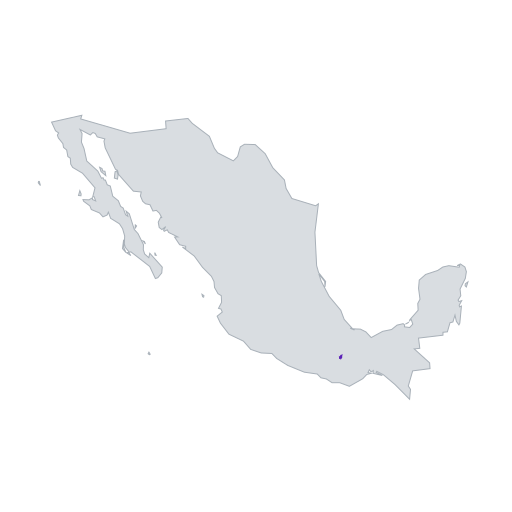 location of San Pablo Huitzo, Oaxaca, Mexico, rotated 353°
{"feature_id": "50627088B10333117144156", "entity_name": "San Pablo Huitzo", "entity_type": "district", "adm_level": 2, "iso_a3": "MEX", "parent_name": "Mexico", "parent_adm1": "Oaxaca", "projection": "equal_earth", "projection_center": [-96.911, 17.316], "detail": "fine", "context": "in_parent", "style": "filled", "palette": "violet", "viewbox_px": 512, "rotation_deg": 353, "n_neighbors": 0, "source": "geoboundaries", "source_scale": "gbopen_adm2", "svg_char_len": 4263}
<svg xmlns="http://www.w3.org/2000/svg" viewBox="0 0 512 512"><g transform="rotate(353 256 256)"><path d="M69.4,98.2L100.3,95.1L98.7,98.6L146.0,118.8L182.3,118.7L182.7,111.0L205.2,111.2L208.9,116.6L224.3,131.5L227.8,144.0L230.5,148.9L245.1,158.8L249.9,155.0L253.7,145.8L258.2,143.7L268.8,145.3L277.6,155.6L283.4,170.4L293.5,184.0L294.1,192.6L298.6,203.3L321.3,213.4L324.3,211.8L317.4,239.5L315.0,272.9L316.1,280.1L322.0,289.8L320.7,295.0L321.1,289.8L316.2,281.5L317.7,289.1L323.7,305.0L333.5,320.2L335.8,329.7L342.6,339.4L340.7,339.2L344.7,341.5L343.4,340.1L350.7,341.3L355.8,344.7L360.4,351.0L372.6,346.2L381.6,345.5L387.6,341.8L393.8,341.1L395.1,342.5L394.7,344.4L399.8,345.7L403.3,342.7L402.3,337.7L400.6,338.9L401.0,337.9L410.3,329.6L410.8,322.8L413.5,318.9L413.4,307.9L415.1,299.8L422.1,295.0L434.6,292.5L440.1,289.7L446.2,289.1L456.3,291.9L457.1,290.1L454.5,290.0L457.9,288.8L462.0,292.4L462.9,297.2L461.0,303.8L454.5,313.7L454.4,320.4L451.2,324.4L451.8,325.9L454.7,325.4L451.7,329.6L451.8,331.3L453.8,330.7L450.1,347.5L449.0,349.1L446.9,345.3L446.3,338.9L443.4,345.5L440.4,345.9L436.7,354.6L432.3,354.5L431.9,357.4L407.3,357.3L407.3,367.6L401.7,367.5L415.3,383.2L415.0,389.0L397.5,389.1L391.3,403.6L393.1,407.2L391.0,416.9L378.2,400.4L368.0,389.4L361.8,385.2L361.1,386.2L366.8,390.0L357.9,386.7L358.5,384.0L356.1,385.1L354.6,382.7L353.0,385.3L356.0,386.5L351.5,387.1L347.0,390.8L332.8,396.7L323.7,392.0L316.0,391.0L310.8,386.6L305.6,384.8L302.4,380.6L289.8,377.2L274.2,368.5L264.1,360.3L259.9,354.7L249.4,352.9L239.4,348.1L233.2,339.0L219.6,330.3L212.5,318.3L210.1,311.0L215.7,307.5L214.8,304.4L212.4,303.4L216.2,297.8L216.7,291.1L213.7,288.8L211.0,282.2L211.2,276.2L209.3,270.8L201.5,260.7L194.7,248.5L184.0,238.1L187.1,240.0L187.4,237.8L181.6,235.5L177.5,227.3L180.6,227.5L172.2,222.0L171.1,219.2L167.9,220.3L167.4,219.0L170.0,215.8L165.8,218.3L163.4,215.9L163.1,210.5L166.2,205.8L167.3,206.7L165.3,201.7L162.7,198.6L159.2,198.8L157.0,192.2L152.7,190.7L150.2,187.9L148.6,182.2L149.9,178.5L142.2,176.7L129.6,158.4L129.0,154.1L127.1,152.8L119.5,130.3L119.1,123.5L120.2,121.3L112.9,118.4L111.4,114.8L109.1,113.6L106.3,115.7L96.7,108.9L98.3,113.3L96.6,121.7L98.4,128.4L99.6,141.1L109.3,152.4L112.1,160.0L113.7,159.7L114.4,162.0L115.8,162.3L117.0,167.2L119.9,168.8L121.1,179.2L126.1,184.4L127.7,190.3L130.0,192.2L131.6,199.2L133.6,200.9L132.6,195.7L135.4,198.7L138.4,214.8L141.6,219.4L145.7,231.1L144.9,236.0L145.7,240.4L149.4,244.6L150.9,240.3L161.6,255.6L160.4,261.3L155.9,265.6L153.4,266.1L149.2,253.4L132.3,236.6L130.7,236.8L127.4,231.6L126.8,228.0L128.1,220.1L126.9,212.6L124.4,207.4L116.3,200.9L114.8,194.5L113.2,197.2L108.9,198.5L105.9,194.2L98.2,189.8L97.2,186.0L91.6,180.7L91.1,178.9L97.1,179.9L100.7,178.3L100.6,180.0L103.6,181.8L102.6,177.5L101.2,177.3L104.5,168.7L93.9,152.7L84.8,145.7L83.3,142.2L83.6,136.3L81.4,134.4L81.0,127.7L78.2,124.8L78.0,120.9L74.2,114.7L73.6,111.8L75.1,109.8L72.3,107.3L69.4,98.2ZM129.0,158.7L127.9,162.8L124.9,161.4L126.4,155.2L128.2,154.6L129.0,158.7ZM116.7,157.9L112.5,153.4L111.6,148.9L113.8,150.4L114.2,152.9L116.4,153.5L116.7,157.9ZM461.0,312.4L459.9,311.0L460.4,309.1L463.2,307.5L461.0,312.4ZM127.4,236.8L124.4,232.4L126.6,223.7L125.8,231.5L127.4,236.8ZM89.6,174.9L87.2,174.3L89.1,169.7L90.0,173.1L89.6,174.9ZM50.6,159.8L48.8,156.8L49.3,155.5L50.0,155.6L50.6,159.8ZM130.0,236.9L131.8,240.3L127.9,237.0L130.0,236.9ZM199.5,289.0L199.0,290.5L198.0,289.9L197.7,287.4L199.5,289.0ZM147.0,228.0L147.7,230.6L145.7,227.3L147.0,228.0ZM140.0,210.4L141.1,211.6L139.3,214.0L140.0,210.4ZM139.0,340.6L138.2,341.0L137.0,339.9L138.0,338.4L139.0,340.6ZM398.1,341.1L396.0,341.8L399.7,340.3L398.1,341.1ZM157.0,243.2L155.9,242.9L155.9,240.3L157.0,243.2Z" fill="#d9dde1" stroke="#a8b0b8" stroke-width="1"/><path d="M326.7,366.9L326.7,367.6L326.8,367.6L327.0,367.5L327.1,367.4L327.3,367.4L327.5,367.3L327.8,367.3L328.0,367.4L328.0,367.5L328.1,367.4L328.1,367.5L328.2,367.4L328.3,367.2L328.5,367.0L328.6,365.8L328.8,365.2L328.6,365.3L328.3,365.2L328.2,365.2L328.1,365.4L328.1,365.5L327.9,365.8L327.8,366.0L327.7,366.1L327.7,366.3L327.6,366.5L327.6,366.8L327.6,367.0L327.4,367.0L327.3,366.9L327.2,366.9L327.0,367.0L326.9,367.0L326.8,366.9L326.8,367.0L326.7,367.0L326.7,366.9Z" fill="#8b5cf6" stroke="#5b21b6" stroke-width="1.5"/></g></svg>